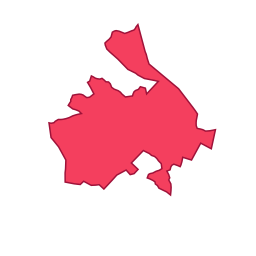 Nossa Senhora de Nazaré, Piauí, Brazil (Natural Earth projection), rotated 133°
{"feature_id": "56859067B20715695803450", "entity_name": "Nossa Senhora de Nazaré", "entity_type": "district", "adm_level": 2, "iso_a3": "BRA", "parent_name": "Brazil", "parent_adm1": "Piauí", "projection": "natural_earth1", "projection_center": [-42.193, -4.64], "detail": "fine", "context": "isolated", "style": "filled", "palette": "rose", "viewbox_px": 256, "rotation_deg": 133, "n_neighbors": 0, "source": "geoboundaries", "source_scale": "gbopen_adm2", "svg_char_len": 2061}
<svg xmlns="http://www.w3.org/2000/svg" viewBox="0 0 256 256"><g transform="rotate(133 128 128)"><path d="M86.4,52.9L69.6,62.9L71.3,64.1L74.4,66.4L77.4,69.2L78.2,72.1L79.4,74.4L81.1,77.1L79.8,79.7L77.8,81.7L75.8,83.3L72.6,85.3L70.4,86.7L69.5,90.5L68.8,94.2L64.8,117.8L66.9,156.2L64.3,160.9L61.7,164.9L60.5,167.5L45.6,191.3L48.4,191.1L50.5,190.5L52.5,190.5L54.4,191.6L58.4,193.4L61.1,194.9L63.3,200.6L64.9,203.1L66.4,204.1L68.6,204.8L72.9,202.5L75.9,202.3L79.1,202.7L81.6,202.8L82.9,201.1L84.7,197.3L84.8,192.9L84.5,182.6L85.2,168.0L82.7,159.8L82.5,156.8L80.6,149.7L78.3,146.1L74.9,140.6L73.2,137.6L90.4,137.6L87.0,142.5L89.4,147.1L92.6,146.7L95.5,148.1L97.4,148.3L99.4,147.6L101.5,146.6L107.1,151.1L107.3,155.7L107.0,158.0L107.4,160.6L109.0,164.6L109.4,167.7L107.8,171.0L107.6,173.6L109.3,175.7L109.2,177.9L109.4,180.9L111.4,181.9L112.9,184.0L113.8,185.8L114.3,188.3L114.9,190.3L119.8,188.0L122.2,188.7L123.8,183.3L126.3,176.2L131.7,177.1L133.9,178.9L134.3,181.4L134.5,183.4L135.3,185.2L136.5,186.8L139.5,189.2L141.8,190.8L144.2,189.8L146.2,189.3L147.6,188.0L149.9,187.6L152.3,187.1L151.7,181.4L150.4,178.9L149.1,175.5L149.2,171.9L152.5,174.2L154.3,175.3L156.8,176.7L160.5,178.1L163.4,179.7L166.0,181.5L167.6,182.9L169.3,184.8L172.7,185.8L174.7,185.8L177.0,187.5L178.1,189.3L187.5,177.7L188.0,173.7L189.1,165.9L193.8,151.6L198.5,147.5L200.6,145.7L203.7,143.4L210.4,137.1L205.5,129.3L201.9,124.4L197.2,124.1L195.0,115.8L191.7,112.6L189.1,110.4L189.1,104.0L176.7,104.0L170.0,104.1L160.0,100.7L160.6,94.6L157.2,92.4L151.4,92.4L151.3,101.7L134.0,101.4L133.2,98.5L132.1,95.0L132.0,92.1L130.7,89.2L130.6,86.3L131.2,83.4L131.4,79.4L134.6,75.5L137.6,76.3L140.4,77.9L144.1,79.2L146.2,80.7L148.0,81.3L151.4,79.9L150.3,77.2L149.3,73.8L149.0,71.5L150.3,69.8L150.0,67.2L150.9,64.3L148.4,56.2L148.0,51.2L144.7,53.7L142.0,56.0L139.7,58.5L138.2,62.8L136.0,63.5L134.3,66.5L133.0,70.2L129.9,68.7L127.1,70.2L125.2,70.5L123.2,69.8L121.5,65.9L120.7,63.5L118.9,64.1L115.9,65.6L112.1,68.0L108.1,59.7L89.5,64.5L86.4,52.9Z" fill="#f43f5e" stroke="#9f1239" stroke-width="1.5"/></g></svg>